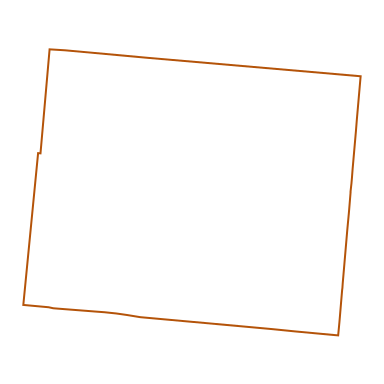 outline of Baca, Colorado, United States of America, rotated 5°
{"feature_id": "52423323B14661971146918", "entity_name": "Baca", "entity_type": "district", "adm_level": 2, "iso_a3": "USA", "parent_name": "United States of America", "parent_adm1": "Colorado", "projection": "equal_earth", "projection_center": [-102.362, 37.319], "detail": "fine", "context": "isolated", "style": "outline", "palette": "amber", "viewbox_px": 384, "rotation_deg": 5, "n_neighbors": 0, "source": "geoboundaries", "source_scale": "gbopen_adm2", "svg_char_len": 736}
<svg xmlns="http://www.w3.org/2000/svg" viewBox="0 0 384 384"><g transform="rotate(5 192 192)"><path d="M136.8,62.2L53.3,61.9L37.7,62.3L37.7,166.7L35.3,166.7L33.8,319.2L59.2,319.3L63.8,319.9L64.2,319.9L66.0,319.9L107.7,319.5L115.3,319.4L120.5,319.5L127.0,319.6L132.6,319.9L138.0,320.2L151.3,321.2L255.2,321.5L283.9,321.6L299.8,321.8L307.1,321.9L346.4,322.1L350.1,322.1L350.2,309.4L350.2,307.0L350.2,306.4L350.2,305.5L350.2,305.3L350.1,276.7L350.2,274.5L350.1,269.3L350.1,262.6L350.0,216.0L350.1,200.3L350.1,195.5L350.0,178.3L349.9,178.2L350.1,169.4L350.1,163.7L350.0,155.4L350.0,145.5L350.0,131.7L350.0,117.1L349.9,105.4L349.9,103.1L349.9,96.4L349.9,76.5L349.9,62.0L136.8,62.2Z" fill="none" stroke="#b45309" stroke-width="2"/></g></svg>